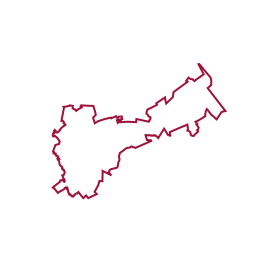 Jocotitlán, México, Mexico (Robinson projection), rotated 131°
{"feature_id": "50627088B17395030274981", "entity_name": "Jocotitlán", "entity_type": "district", "adm_level": 2, "iso_a3": "MEX", "parent_name": "Mexico", "parent_adm1": "México", "projection": "robinson", "projection_center": [-99.823, 19.716], "detail": "fine", "context": "isolated", "style": "outline", "palette": "rose", "viewbox_px": 256, "rotation_deg": 131, "n_neighbors": 0, "source": "geoboundaries", "source_scale": "gbopen_adm2", "svg_char_len": 5731}
<svg xmlns="http://www.w3.org/2000/svg" viewBox="0 0 256 256"><g transform="rotate(131 128 128)"><path d="M63.4,66.8L54.6,67.9L54.2,67.7L51.3,65.6L45.6,94.1L41.1,93.4L38.0,95.8L36.5,97.7L35.7,99.1L35.2,102.5L33.0,116.3L33.6,116.7L37.8,106.1L48.5,108.7L48.8,107.7L49.1,109.7L48.7,111.3L49.7,112.4L50.1,113.4L50.3,115.4L54.3,115.0L54.0,113.4L71.1,117.2L75.1,114.5L84.5,115.2L82.8,117.7L80.6,120.1L90.8,122.9L91.5,121.3L96.9,123.5L101.2,125.4L102.2,125.1L104.7,123.9L105.1,123.3L105.0,122.2L105.2,121.4L105.6,120.7L105.7,120.3L105.6,119.8L105.5,119.3L105.2,118.7L105.1,118.4L105.2,118.0L105.4,117.8L105.8,117.4L106.1,117.3L107.3,116.9L108.3,117.0L108.5,116.9L108.6,116.5L109.6,116.4L115.7,127.5L118.3,125.8L123.7,132.6L128.6,137.5L127.1,138.3L127.8,139.0L130.8,139.1L129.4,141.5L126.4,139.4L125.1,138.3L123.4,140.3L123.7,140.6L125.6,142.5L127.6,142.3L127.0,144.8L131.6,146.9L131.3,147.6L136.3,151.3L142.4,155.0L146.2,156.2L143.1,161.1L139.1,161.0L137.0,164.0L134.1,168.6L140.5,176.7L141.6,178.2L141.8,178.3L142.1,178.2L142.4,177.1L142.9,177.5L143.2,176.5L146.3,177.8L149.1,178.3L149.0,178.7L148.6,179.2L149.5,182.7L147.5,184.2L149.2,186.9L149.6,186.7L152.2,188.6L154.3,190.4L154.4,189.8L154.9,189.5L166.3,182.9L165.4,182.0L165.5,180.8L165.7,180.4L166.4,180.0L166.1,179.3L166.6,178.9L166.4,178.1L166.8,177.3L166.9,177.1L168.7,177.9L170.3,178.0L171.3,178.3L174.5,178.3L174.7,177.8L177.4,178.2L178.3,179.0L177.5,181.3L177.5,182.1L178.1,182.0L178.0,181.8L177.9,181.5L178.3,181.6L178.4,181.4L178.5,181.3L178.9,181.3L179.0,180.9L179.4,180.7L179.3,181.3L180.0,181.3L180.1,181.2L179.9,180.7L180.0,180.5L180.6,180.5L181.6,180.7L182.1,180.7L183.5,179.0L183.4,178.8L182.0,178.3L181.9,176.3L181.9,175.3L181.8,175.2L182.0,174.4L182.2,173.6L182.5,172.4L182.6,172.1L183.0,170.7L185.3,169.6L188.5,171.6L194.7,169.3L194.8,169.2L195.2,168.8L195.3,168.6L195.1,168.3L194.9,168.1L195.0,168.0L195.0,167.7L195.3,167.6L195.2,167.3L195.1,167.2L195.1,166.9L195.4,166.9L195.2,166.7L195.3,166.4L195.0,166.3L194.9,166.0L195.4,165.8L195.6,165.4L195.3,165.2L195.6,164.9L195.6,164.6L195.8,164.4L195.8,164.2L195.7,164.0L195.8,163.9L196.0,163.7L195.8,163.6L195.6,163.5L195.5,163.2L195.3,163.1L195.3,162.8L195.5,162.0L195.7,161.9L195.7,161.6L195.8,161.6L196.1,161.4L196.2,161.2L196.1,160.9L196.4,161.2L196.6,160.8L196.4,160.6L196.4,160.2L196.6,160.2L196.6,159.7L196.9,159.9L197.2,160.1L197.4,160.1L197.7,160.6L197.8,160.4L197.9,160.1L198.1,159.7L198.1,158.6L198.2,158.2L200.3,155.8L200.7,155.0L200.8,154.8L200.8,154.1L200.7,153.6L200.6,153.4L200.5,153.2L200.5,152.6L201.0,151.5L201.3,151.4L201.5,150.9L201.7,150.7L201.8,150.5L202.0,150.8L202.1,150.6L201.9,150.2L202.0,149.7L201.8,149.6L201.8,149.2L202.0,149.2L201.9,148.8L201.8,148.7L202.1,148.1L202.2,147.9L202.4,147.9L202.6,147.2L202.9,146.8L203.0,146.7L203.3,146.3L204.6,146.1L205.6,145.7L205.9,145.9L206.1,145.8L206.7,146.1L206.7,146.3L206.9,146.5L207.6,145.1L209.2,141.2L209.9,140.8L210.4,140.6L210.5,140.6L210.6,140.8L210.4,141.6L210.1,143.4L210.1,143.6L210.9,143.8L211.3,143.9L211.8,144.5L212.2,144.8L213.3,144.1L215.5,144.5L218.9,145.2L221.7,145.6L222.3,145.7L222.1,143.3L223.0,138.3L220.6,137.8L220.3,137.5L220.1,137.5L219.8,137.3L218.9,137.1L218.4,136.8L217.2,136.5L216.3,136.2L214.2,135.8L214.2,136.1L213.9,136.0L214.0,135.7L213.3,135.5L213.1,135.3L212.7,135.0L212.7,134.7L212.9,134.3L213.2,134.0L213.8,133.9L213.7,133.6L213.8,133.5L214.1,133.6L214.1,133.0L214.3,132.5L214.6,132.4L214.6,132.2L215.1,131.9L215.1,131.5L215.4,131.2L215.6,131.1L215.7,130.4L215.9,130.2L216.0,129.5L216.1,129.3L216.3,129.3L216.3,129.0L216.5,128.9L216.6,129.0L216.8,128.5L216.6,128.4L216.4,128.2L216.2,128.2L216.1,128.5L215.9,128.2L216.0,127.4L216.1,126.9L216.1,126.7L216.3,126.2L216.0,126.0L215.8,125.6L216.1,125.1L215.7,125.0L215.5,124.5L215.3,124.6L214.9,124.5L214.6,124.3L214.3,124.2L214.0,124.2L213.5,124.7L212.4,124.3L211.3,124.1L210.7,123.3L209.5,123.5L208.9,123.5L209.1,122.0L209.5,120.3L210.2,115.7L206.4,115.4L207.0,112.0L198.4,108.2L198.1,111.3L190.8,112.9L186.7,114.8L185.0,112.4L177.3,118.7L177.0,119.0L174.6,109.4L174.5,113.5L173.4,113.2L173.1,113.8L172.7,114.1L172.3,114.3L172.0,114.3L170.7,113.9L170.0,113.7L169.2,113.1L167.8,112.1L166.4,111.1L165.1,110.3L164.8,110.3L164.1,110.4L163.1,110.9L160.7,112.5L159.5,113.0L158.4,113.2L157.9,113.4L157.0,114.0L156.9,114.2L156.7,114.7L156.3,115.0L156.2,115.2L155.6,115.8L155.3,116.2L154.7,116.6L153.0,117.3L152.5,117.7L152.1,117.7L150.6,117.4L150.0,117.3L149.6,117.2L148.9,116.8L148.0,116.8L146.0,116.3L145.0,116.2L144.4,115.9L143.7,115.7L141.7,113.9L141.4,113.7L140.5,113.7L139.9,113.4L139.3,113.0L139.3,111.8L139.3,111.7L139.2,111.4L138.8,111.1L138.5,110.6L138.2,109.8L138.2,109.4L124.7,103.0L124.5,103.5L122.6,101.9L122.2,102.5L124.6,105.9L121.9,110.1L121.1,109.4L119.9,107.4L119.0,106.9L119.0,106.3L118.7,105.7L118.4,105.6L118.3,105.4L118.2,105.4L118.0,105.2L118.0,104.8L117.8,104.7L117.4,104.3L117.3,104.0L117.1,104.0L117.1,103.8L116.9,103.7L116.7,103.8L115.6,102.5L115.6,102.4L115.7,102.2L115.8,102.1L115.9,101.9L115.9,101.7L115.5,101.1L115.3,99.7L115.8,99.1L115.8,98.6L104.8,100.3L107.0,93.3L106.8,93.1L106.7,92.9L106.8,92.7L106.4,92.1L106.2,92.2L106.4,92.0L106.4,91.9L106.1,92.0L105.9,91.9L106.2,91.5L106.0,91.2L105.9,91.1L104.8,92.6L104.6,92.7L104.2,93.3L103.5,93.7L93.3,88.8L86.5,85.4L86.7,85.1L89.4,82.1L89.9,82.0L91.0,81.4L90.6,80.8L90.4,80.3L90.2,78.9L90.2,78.5L90.9,77.3L91.8,76.5L92.0,75.9L92.0,75.1L91.3,73.6L91.1,73.3L90.7,73.2L89.7,73.3L88.3,73.1L87.6,73.2L86.6,73.0L85.3,72.8L84.6,72.9L84.3,74.4L83.0,74.2L81.4,74.9L80.8,76.8L80.5,78.6L79.5,78.4L79.1,81.1L76.0,79.8L68.3,77.4L67.6,78.1L67.0,78.7L66.0,79.2L64.4,80.3L62.0,80.9L62.2,79.2L62.3,78.9L62.7,77.1L62.9,76.2L63.4,73.8L63.2,72.1L63.4,66.8Z" fill="none" stroke="#9f1239" stroke-width="2"/></g></svg>